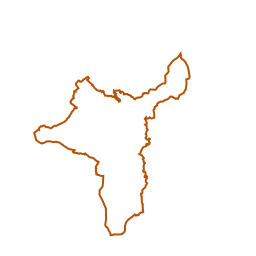 Pringsewu, Lampung, Indonesia, rotated 223°
{"feature_id": "22746128B80903663444835", "entity_name": "Pringsewu", "entity_type": "district", "adm_level": 2, "iso_a3": "IDN", "parent_name": "Indonesia", "parent_adm1": "Lampung", "projection": "mercator", "projection_center": [104.953, -5.369], "detail": "fine", "context": "isolated", "style": "outline", "palette": "amber", "viewbox_px": 256, "rotation_deg": 223, "n_neighbors": 0, "source": "geoboundaries", "source_scale": "gbopen_adm2", "svg_char_len": 5864}
<svg xmlns="http://www.w3.org/2000/svg" viewBox="0 0 256 256"><g transform="rotate(223 128 128)"><path d="M74.2,40.8L71.7,39.7L69.0,39.0L67.6,37.8L66.5,38.8L65.7,40.6L62.3,43.7L60.6,45.5L59.9,47.2L59.8,49.6L60.4,51.2L63.3,54.2L64.8,57.2L65.3,59.5L65.1,62.2L64.1,67.9L64.1,69.3L62.8,69.2L62.3,69.5L62.1,70.6L61.5,70.8L60.9,71.4L61.3,72.7L61.3,74.0L60.9,75.0L60.0,75.9L59.5,76.8L60.7,77.8L61.4,78.0L61.5,78.6L62.9,79.8L63.8,80.8L64.9,81.6L64.9,81.9L65.1,81.9L65.4,82.4L66.2,82.6L67.8,83.6L69.6,85.5L70.8,87.0L71.2,87.0L72.2,87.5L72.6,88.2L73.4,88.4L73.7,88.9L73.3,89.4L73.2,90.0L73.4,90.6L74.5,91.5L75.1,92.3L75.1,95.1L74.9,95.7L74.9,96.4L75.7,97.7L76.1,99.8L76.4,100.6L77.1,100.8L78.0,100.8L78.5,101.0L79.7,102.4L79.9,103.5L79.9,104.3L80.4,104.5L81.1,105.5L81.4,105.5L81.1,104.2L82.2,103.5L82.6,103.5L83.0,104.2L83.2,105.7L83.8,106.5L85.4,107.5L85.9,107.5L86.2,106.8L86.8,106.5L87.8,107.0L88.0,108.4L88.9,109.2L89.6,110.0L90.4,110.4L91.0,111.3L91.6,112.5L91.6,113.7L92.1,114.0L93.1,113.9L93.1,114.0L93.7,114.2L94.6,115.0L96.1,115.4L96.1,115.9L95.9,116.8L96.6,117.1L98.0,117.2L99.2,117.5L99.8,117.4L100.5,116.8L101.9,116.8L101.6,117.3L102.9,120.4L103.8,123.9L103.5,124.5L103.5,125.3L102.6,126.5L102.3,127.3L102.5,128.0L103.0,128.2L103.2,128.4L103.6,128.6L103.6,128.8L103.2,129.3L102.3,129.3L102.3,129.8L101.7,129.8L101.5,130.2L101.6,131.0L102.0,131.8L102.3,131.5L103.4,132.4L104.7,133.3L104.5,134.3L104.5,134.9L105.1,134.9L105.4,134.6L105.6,133.0L106.3,132.4L108.4,132.7L108.9,134.7L109.6,135.4L110.9,135.6L112.1,138.3L112.3,140.0L112.5,140.3L113.2,140.3L114.0,140.5L115.9,142.3L117.3,142.1L117.8,142.2L117.1,143.4L117.4,144.3L119.1,145.3L122.0,146.3L121.9,147.1L122.1,148.3L121.6,148.2L121.2,147.9L120.4,147.8L120.2,147.9L119.4,149.4L119.5,150.5L117.8,150.7L117.2,151.0L115.8,153.4L117.0,154.8L118.9,156.5L120.3,157.4L120.7,157.9L121.5,158.4L121.6,159.6L121.9,159.9L122.0,160.9L122.8,161.7L122.5,162.0L122.5,162.8L122.2,163.3L122.2,163.9L122.2,164.6L122.8,165.1L123.2,165.9L123.2,166.4L122.3,169.4L120.9,170.7L120.4,171.5L120.0,173.7L119.7,174.4L119.0,175.2L118.3,177.7L118.5,178.6L118.4,179.9L116.9,181.3L115.2,181.3L114.2,181.8L113.0,181.8L112.4,182.9L112.0,183.0L112.0,183.5L111.3,183.7L112.7,186.9L111.1,191.8L111.8,193.4L112.3,196.1L113.6,197.6L114.7,199.5L115.5,200.4L118.5,203.2L118.1,203.8L117.7,204.7L117.7,205.0L117.3,205.4L117.2,206.1L118.1,207.7L123.0,211.5L125.9,213.5L131.4,215.5L134.1,215.6L134.9,215.2L135.8,215.2L136.9,215.4L137.7,215.8L138.4,216.4L138.5,216.9L140.2,218.2L139.8,215.8L139.8,213.0L141.0,207.5L140.5,203.1L140.3,200.1L137.8,197.8L136.7,197.0L136.5,194.8L136.6,191.7L132.0,187.4L131.8,186.9L131.3,186.1L133.1,183.9L134.0,180.3L134.4,177.3L133.8,175.7L133.9,174.8L137.2,172.1L137.8,171.6L138.0,171.1L138.1,170.4L138.0,169.7L136.8,167.2L137.5,166.3L138.4,166.2L138.8,165.6L140.1,164.5L139.8,163.7L140.4,163.1L139.4,161.3L139.4,160.4L139.7,159.9L140.2,158.1L141.4,157.3L142.5,155.2L142.6,154.1L142.5,153.8L143.4,153.5L145.6,153.8L146.8,153.1L147.6,153.4L147.9,153.6L148.4,153.5L148.9,153.0L149.5,153.0L149.9,152.8L150.2,152.4L151.3,152.5L151.7,152.4L152.0,151.8L152.4,151.7L152.9,151.1L153.5,150.8L153.6,150.1L153.9,149.8L155.0,150.5L155.4,150.6L157.3,150.5L157.5,149.7L157.3,149.4L157.2,148.8L157.6,148.6L158.1,148.5L159.3,149.7L159.9,149.8L161.9,147.3L162.7,146.7L163.1,146.0L163.8,145.8L162.7,144.6L162.4,144.0L162.1,144.0L161.6,144.8L160.2,145.0L160.2,144.8L160.8,144.7L160.6,144.4L160.4,144.3L160.2,144.0L159.8,143.8L159.6,143.8L160.0,143.1L160.0,142.8L158.7,143.0L156.7,142.8L156.5,143.0L154.7,142.9L153.7,143.2L152.8,142.9L152.3,142.4L152.2,141.8L152.5,141.1L153.2,141.6L154.2,141.3L155.9,141.4L156.2,141.1L157.5,141.4L159.7,141.1L160.1,140.6L160.4,140.4L160.5,140.2L161.2,139.9L161.7,140.3L162.1,140.2L162.3,139.8L163.6,138.7L164.4,137.6L165.5,137.4L166.9,136.0L169.6,137.2L170.4,137.9L171.5,138.1L171.9,137.6L171.7,136.4L173.8,136.4L174.1,136.1L174.1,135.6L174.6,135.5L176.1,134.7L177.0,134.4L177.5,134.6L179.8,134.4L180.9,134.9L181.9,134.9L182.0,135.0L183.3,134.8L183.3,135.4L186.9,135.2L190.0,135.4L190.5,135.1L190.8,135.4L190.4,136.8L190.6,137.8L192.0,138.2L192.3,137.9L192.8,137.1L193.1,134.8L193.6,132.6L193.6,131.3L194.0,129.6L194.5,129.3L196.3,129.2L196.5,129.0L196.4,125.7L196.0,124.5L195.4,124.1L191.4,123.3L191.9,119.3L192.1,118.6L191.6,118.6L192.2,118.1L192.1,117.8L190.8,116.5L190.1,114.9L190.1,114.4L189.5,113.6L188.0,113.1L188.0,112.2L188.4,111.7L188.2,111.6L188.4,111.0L188.2,110.0L188.4,109.2L188.0,108.2L187.6,108.2L187.4,107.5L186.8,107.2L185.7,107.2L184.9,107.4L183.3,107.7L181.4,107.5L179.5,108.1L179.1,107.7L179.5,106.8L180.6,106.4L180.6,106.0L180.0,103.6L180.1,103.1L180.0,101.8L179.2,98.2L179.2,97.4L178.8,97.0L178.8,96.7L178.9,96.4L178.6,96.1L178.7,95.3L178.5,94.9L178.9,94.1L178.8,93.2L178.4,92.1L178.5,91.2L178.7,90.7L178.5,89.8L182.0,80.5L183.4,79.4L184.1,75.1L186.6,74.4L188.5,72.8L191.1,72.7L192.2,70.3L192.6,69.7L192.9,69.7L193.0,67.5L191.9,66.3L192.3,66.3L192.6,65.9L192.7,63.4L193.1,62.1L193.3,60.4L190.3,58.8L188.7,57.6L186.9,56.6L183.9,56.9L180.8,57.6L180.5,58.3L180.3,58.3L179.1,60.3L178.5,62.4L177.0,64.1L175.4,65.4L173.2,66.6L172.2,67.6L171.4,68.7L168.6,70.4L164.6,71.1L162.0,71.3L160.3,71.7L159.3,71.7L157.9,72.1L155.7,73.0L152.0,75.3L151.9,73.9L152.1,73.1L151.6,72.9L151.1,72.9L148.0,75.0L146.2,75.8L145.8,76.8L145.4,77.1L144.2,77.6L142.6,78.9L141.7,79.2L141.9,80.2L138.8,80.4L136.7,80.4L135.4,80.8L133.9,81.9L132.4,82.4L128.5,82.4L127.2,83.0L126.3,83.1L126.0,81.0L125.5,80.8L125.5,79.4L125.2,77.8L124.4,77.2L124.2,76.9L123.7,76.8L123.8,76.4L123.2,75.9L122.6,75.0L122.0,74.7L121.4,74.0L120.6,74.0L120.2,73.6L120.1,73.1L119.5,72.5L117.5,73.5L117.2,73.8L116.2,74.1L114.0,75.2L113.4,76.1L109.1,71.1L106.7,67.9L106.3,63.2L103.6,60.0L103.2,59.7L96.8,57.4L89.2,54.0L83.8,48.3L81.5,46.2L80.8,44.7L78.5,41.6L77.1,40.8L76.1,41.1L74.2,40.8Z" fill="none" stroke="#b45309" stroke-width="2"/></g></svg>